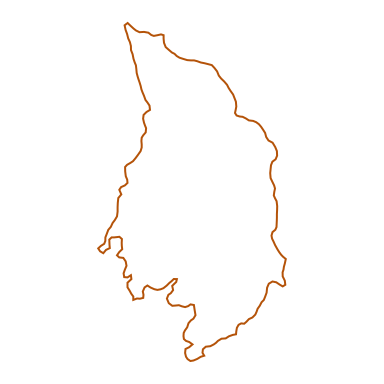 outline of Natalândia, Minas Gerais, Brazil
{"feature_id": "56859067B59404569750037", "entity_name": "Natalândia", "entity_type": "district", "adm_level": 2, "iso_a3": "BRA", "parent_name": "Brazil", "parent_adm1": "Minas Gerais", "projection": "robinson", "projection_center": [-46.487, -16.539], "detail": "fine", "context": "isolated", "style": "outline", "palette": "amber", "viewbox_px": 384, "rotation_deg": 0, "n_neighbors": 0, "source": "geoboundaries", "source_scale": "gbopen_adm2", "svg_char_len": 3498}
<svg xmlns="http://www.w3.org/2000/svg" viewBox="0 0 384 384"><path d="M163.6,35.2L161.0,34.4L157.5,35.2L153.8,35.9L151.3,35.0L148.4,32.7L144.0,31.9L139.5,32.2L136.0,30.5L133.6,28.6L131.2,26.4L127.6,23.0L124.6,25.3L125.6,29.9L127.1,34.0L128.2,38.4L129.9,42.1L130.9,46.0L131.0,50.1L132.6,54.2L133.5,58.8L134.7,62.4L135.9,65.3L136.3,68.7L136.7,73.0L137.6,76.4L138.5,79.3L139.6,82.5L140.7,86.1L141.4,89.3L142.5,92.3L144.0,95.8L145.5,100.0L147.3,102.3L149.5,105.6L150.0,109.9L146.5,112.0L143.6,114.9L143.1,118.7L144.0,122.7L145.0,125.5L146.1,128.2L145.7,132.4L143.2,135.3L141.7,137.7L141.4,141.0L141.7,144.4L141.7,147.5L140.6,151.1L137.8,155.1L135.5,158.2L133.0,161.2L130.1,163.1L127.1,164.8L125.1,167.0L125.2,171.5L125.8,176.3L127.2,179.6L127.5,182.9L124.9,185.4L121.1,187.1L119.3,189.8L121.3,194.4L118.3,198.0L117.8,202.8L117.6,207.2L117.6,211.6L117.0,216.4L114.8,220.1L112.6,223.0L110.8,226.9L108.3,229.8L106.8,233.8L105.4,237.4L105.3,241.0L104.2,243.8L100.9,245.9L98.2,248.4L100.1,251.3L103.3,253.2L106.0,249.9L109.8,248.1L109.5,244.9L109.3,239.6L111.6,237.4L114.1,237.4L116.9,237.1L119.4,236.8L121.9,239.0L121.7,242.9L121.8,245.8L122.2,249.2L119.2,252.1L117.0,255.3L119.2,257.4L123.3,257.9L125.7,261.4L126.5,265.8L124.9,269.6L123.6,273.3L124.2,277.1L127.5,277.4L130.9,275.2L131.4,279.1L127.5,282.7L127.5,287.3L129.7,290.8L131.3,293.8L133.3,296.5L133.3,299.9L137.0,298.5L139.9,298.7L143.2,297.9L143.5,294.8L142.8,291.5L144.6,287.4L147.4,285.5L150.5,287.5L154.3,289.2L157.4,289.9L160.6,289.3L163.4,288.2L166.7,285.6L169.4,282.9L171.5,281.2L173.8,279.0L176.9,279.1L176.2,282.0L174.2,283.9L172.2,285.9L173.1,290.1L170.8,293.2L168.4,294.8L166.9,298.6L168.8,303.2L172.3,305.8L176.0,305.5L178.9,305.2L181.8,306.3L185.1,307.1L188.2,306.1L190.5,304.4L193.9,305.0L194.6,309.8L195.5,315.2L193.4,318.7L190.9,320.4L188.5,323.2L187.2,327.3L184.9,330.5L183.7,333.0L183.5,336.1L183.9,339.0L186.0,340.9L189.2,342.0L192.5,344.4L189.2,347.2L185.5,349.0L185.1,353.0L186.0,356.7L187.6,359.1L190.4,361.0L193.5,360.5L197.3,358.9L200.7,356.8L204.2,355.7L202.5,352.8L202.9,349.3L205.8,346.7L210.3,346.2L213.8,344.4L215.9,342.9L217.9,340.9L221.5,338.7L225.7,338.4L228.9,336.3L232.8,334.9L236.0,334.3L236.3,331.3L236.9,327.8L238.6,324.8L241.2,323.4L244.2,323.7L246.4,321.8L248.9,319.1L252.4,317.5L255.3,314.6L256.6,311.7L257.6,308.8L259.8,305.7L261.6,302.2L263.8,300.0L265.1,296.8L266.6,292.7L267.1,287.7L268.8,283.7L272.5,281.5L276.3,282.3L279.5,284.5L282.7,286.4L285.3,284.8L284.8,280.7L282.7,276.4L282.6,272.3L283.5,269.6L283.9,266.8L284.8,263.6L285.8,259.0L283.0,256.7L281.1,254.7L279.2,252.1L277.5,249.4L275.1,245.1L273.5,241.5L272.1,238.7L271.5,235.6L272.5,232.1L275.3,229.8L276.5,227.1L276.8,220.8L276.9,217.5L276.9,214.0L277.1,210.1L277.2,206.1L276.6,201.2L275.0,198.2L273.8,195.5L274.3,191.8L275.0,188.5L274.1,185.4L272.5,182.1L270.6,178.1L270.2,173.1L270.6,169.1L271.0,165.2L272.4,161.7L275.6,159.3L277.1,155.7L276.9,151.1L275.2,147.0L272.6,142.7L268.5,140.5L266.2,137.0L265.1,132.9L263.0,129.6L261.1,126.8L258.9,124.2L256.2,122.2L253.1,120.9L248.9,120.4L245.8,118.4L242.6,116.8L239.7,116.5L236.6,115.5L235.0,113.0L235.6,110.2L236.3,106.6L235.9,101.7L234.5,98.1L233.1,94.5L230.6,91.0L228.6,87.9L227.1,84.9L224.2,81.5L221.1,78.5L218.8,75.6L217.1,71.4L214.4,67.9L211.8,65.1L207.6,64.0L204.4,63.2L200.8,62.5L197.2,61.2L194.1,60.4L190.9,60.4L187.2,60.1L183.2,58.9L179.5,57.7L176.7,56.0L174.5,53.8L171.9,52.5L169.0,50.0L165.7,47.1L164.0,42.8L163.6,38.7L163.6,35.2Z" fill="none" stroke="#b45309" stroke-width="2"/></svg>